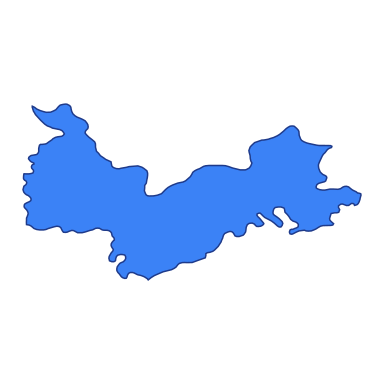 Beshankovichy, Vitebsk, Belarus (Robinson projection)
{"feature_id": "67162791B20127655381780", "entity_name": "Beshankovichy", "entity_type": "district", "adm_level": 2, "iso_a3": "BLR", "parent_name": "Belarus", "parent_adm1": "Vitebsk", "projection": "robinson", "projection_center": [29.528, 55.058], "detail": "fine", "context": "isolated", "style": "filled", "palette": "blue", "viewbox_px": 384, "rotation_deg": 0, "n_neighbors": 0, "source": "geoboundaries", "source_scale": "gbopen_adm2", "svg_char_len": 5965}
<svg xmlns="http://www.w3.org/2000/svg" viewBox="0 0 384 384"><path d="M283.5,131.2L279.6,134.4L277.3,135.8L273.4,137.6L270.3,138.5L268.4,139.2L264.0,140.0L261.8,140.1L254.6,142.6L251.5,145.5L250.1,147.1L248.9,150.5L249.2,152.4L250.1,155.6L250.3,158.7L250.9,161.1L251.9,163.0L250.9,165.7L249.4,167.9L246.7,169.4L245.3,169.9L240.3,169.9L232.6,168.0L228.7,166.6L225.4,165.7L222.5,165.5L208.9,165.5L205.6,165.8L203.5,166.4L199.5,168.7L198.0,169.2L196.2,170.0L194.6,170.9L192.8,172.3L191.8,174.3L190.4,176.6L187.9,178.8L185.6,180.8L183.1,182.0L177.7,183.1L172.9,184.9L170.4,186.1L168.0,187.5L165.5,189.6L161.5,193.7L157.4,195.2L153.5,195.9L149.3,196.0L147.4,195.7L146.0,194.7L145.1,192.7L144.4,190.9L144.7,187.7L144.7,185.5L146.3,183.1L146.8,180.0L147.3,177.7L147.6,175.2L147.6,173.1L146.9,170.8L143.7,168.3L141.9,167.2L137.9,165.9L129.1,166.6L126.5,167.3L120.8,168.3L119.1,168.8L116.3,168.6L114.0,167.8L112.7,167.0L111.8,165.9L111.0,161.8L105.7,159.4L104.1,158.2L100.4,155.7L98.5,153.2L96.5,151.3L95.5,147.2L95.5,145.4L95.4,143.6L94.6,141.8L92.4,139.9L88.7,137.0L86.3,134.6L85.1,133.0L85.4,131.3L86.3,130.1L87.8,128.6L88.2,126.9L87.8,124.6L86.7,122.8L85.1,120.8L82.8,119.5L80.4,118.4L77.3,117.2L75.0,115.8L72.9,113.8L71.7,111.4L71.1,109.0L70.8,107.1L69.7,105.6L67.0,104.2L65.3,104.1L63.0,104.4L60.2,105.1L58.6,106.5L55.9,109.7L53.4,111.0L50.5,112.2L46.1,112.3L43.1,111.5L40.0,110.5L36.7,109.0L34.7,107.4L32.3,106.2L32.2,107.1L32.6,108.3L33.5,111.3L34.4,112.6L35.5,114.6L40.7,120.3L44.7,124.1L47.3,125.9L50.6,127.1L52.4,128.1L59.8,129.6L62.1,130.7L63.5,132.4L64.3,133.9L63.2,135.4L61.7,136.3L57.7,136.8L55.4,137.4L53.0,138.7L51.8,139.9L48.7,142.0L46.7,143.5L45.4,144.0L42.1,144.4L40.5,144.4L39.5,145.2L39.2,146.3L38.7,148.4L38.7,151.6L38.3,152.7L36.9,154.4L35.8,154.7L31.1,155.5L29.5,156.6L28.8,157.4L28.5,158.8L30.0,160.8L31.3,161.9L33.8,163.0L34.0,164.0L32.5,164.7L31.9,165.3L31.4,166.8L31.7,168.2L33.4,170.2L33.6,171.3L32.9,173.0L31.2,173.5L29.0,173.9L26.2,173.9L24.0,173.8L23.8,174.4L23.6,175.9L23.5,178.1L23.6,178.9L24.6,180.2L25.9,180.9L26.7,182.3L26.7,182.9L26.1,184.5L23.9,186.2L23.0,189.6L23.4,191.0L23.9,192.3L25.1,193.7L26.5,194.8L28.0,195.4L29.6,196.6L30.8,198.1L31.1,199.2L30.8,200.6L29.5,201.6L26.6,202.9L24.9,203.9L24.3,204.8L24.1,206.3L24.4,207.5L26.9,210.2L27.7,211.7L28.1,213.0L28.1,214.0L27.1,216.8L26.6,217.8L26.5,218.6L26.5,220.3L26.4,221.9L26.5,224.6L29.3,225.1L31.2,226.1L34.0,228.5L36.7,229.5L39.7,229.9L43.6,229.9L45.9,229.5L48.3,228.5L54.1,226.8L56.9,226.2L59.4,226.6L60.8,227.7L61.6,229.4L62.4,230.9L63.4,232.2L65.4,232.4L67.3,232.1L69.3,231.2L71.8,230.4L73.6,230.6L77.6,232.7L82.2,232.7L85.4,231.9L90.0,230.4L92.7,229.8L95.7,228.3L97.7,228.1L99.5,228.3L102.2,229.9L103.8,230.2L107.3,230.3L109.3,230.8L110.4,231.6L111.4,232.7L112.2,236.0L113.9,237.8L114.3,239.0L114.3,240.0L113.5,240.6L112.0,242.4L111.2,243.9L111.1,245.4L111.5,246.6L112.2,247.8L113.3,249.5L112.9,250.9L111.1,253.0L109.2,256.4L108.9,258.2L109.5,260.8L111.8,261.7L113.9,261.7L115.3,260.9L115.6,260.2L115.7,258.7L116.4,256.6L117.7,255.2L120.3,254.5L122.1,254.5L124.7,255.0L125.6,256.5L125.7,258.5L125.0,260.0L123.4,261.7L120.6,262.9L119.7,263.5L118.5,265.0L117.2,266.9L116.8,268.9L116.9,270.7L118.0,272.6L119.1,273.7L121.4,276.8L122.9,277.8L124.8,278.4L126.3,278.2L127.0,277.0L127.4,275.5L128.0,274.2L129.1,273.0L130.4,272.5L132.5,272.5L134.2,273.0L137.1,274.5L138.2,274.9L140.0,275.2L141.6,275.7L143.7,276.5L145.0,277.2L147.3,278.7L148.2,279.9L151.1,277.6L154.3,275.6L157.0,274.4L163.1,271.8L171.5,269.7L174.1,268.4L176.0,267.1L178.0,264.5L179.4,263.4L182.2,262.6L184.6,262.5L187.0,262.6L192.2,262.5L197.9,260.4L205.3,257.8L205.9,255.3L205.8,253.7L207.3,252.7L209.9,252.3L212.8,251.3L214.5,250.1L216.0,248.6L218.2,246.4L221.1,241.9L221.6,240.3L222.7,238.0L222.9,237.0L223.6,235.0L224.7,233.5L227.6,232.1L230.0,231.4L231.8,231.7L233.1,232.7L234.2,234.4L235.0,235.9L236.7,236.5L239.2,236.5L243.1,235.2L244.1,234.2L245.6,231.9L245.9,230.1L246.2,227.3L247.3,224.7L248.9,223.5L250.4,223.2L252.3,223.1L254.6,224.2L255.4,225.4L256.7,226.4L258.3,226.5L260.7,226.2L262.1,225.5L263.5,224.4L263.8,223.4L259.7,218.4L257.8,216.6L256.9,215.2L257.2,213.8L259.1,213.1L260.3,213.2L263.3,216.2L264.8,217.5L267.3,218.8L268.9,219.6L271.5,221.0L274.4,223.2L277.5,226.0L279.2,227.0L280.9,227.0L282.1,225.5L282.8,223.4L282.1,221.6L279.2,218.7L276.6,216.7L274.3,215.2L273.2,214.0L273.0,212.6L273.2,210.9L273.8,209.0L275.2,207.5L278.2,207.0L281.0,207.0L283.9,208.0L284.4,208.8L285.0,212.2L287.3,214.5L288.9,216.5L290.7,219.4L293.0,221.1L295.7,222.0L297.1,222.9L298.3,224.3L298.2,226.7L296.7,227.8L294.4,228.6L293.0,229.3L291.5,229.3L290.2,229.8L289.5,231.4L289.5,232.7L290.1,233.9L291.8,234.2L292.8,233.9L296.5,232.0L299.1,230.9L304.4,230.2L306.1,230.9L308.3,231.1L311.3,230.9L313.9,229.9L315.9,229.0L317.9,227.7L320.5,226.2L323.0,225.6L331.0,225.4L332.8,225.0L333.6,223.7L331.1,221.5L329.8,220.0L329.6,218.5L330.0,217.0L331.1,213.5L334.7,212.8L336.8,212.8L338.7,212.3L339.7,209.7L338.5,207.6L338.5,205.8L340.7,204.2L342.4,204.0L346.6,205.5L348.7,205.4L351.3,203.5L353.1,203.5L354.2,204.3L354.5,205.4L355.7,205.1L356.9,204.7L357.5,204.3L358.3,203.4L359.1,201.9L360.0,199.3L360.1,198.4L361.0,195.1L360.7,193.7L358.7,193.1L357.6,193.0L356.2,191.8L354.1,190.8L352.5,190.0L351.0,188.9L348.6,186.9L346.6,186.3L344.7,186.4L343.0,187.0L340.5,188.7L338.0,189.3L333.7,189.1L329.8,189.1L324.9,190.1L322.7,190.1L319.8,189.7L317.4,188.8L316.3,188.0L316.1,186.7L316.9,184.6L318.8,183.3L324.6,181.7L325.7,180.9L326.8,177.8L326.4,176.4L324.9,175.4L322.9,174.5L321.3,173.1L320.1,171.8L318.7,168.3L318.4,165.8L318.5,164.4L319.4,162.1L322.2,156.1L323.4,154.2L325.0,152.7L327.4,149.6L329.0,148.4L331.5,147.5L331.9,146.3L330.6,145.6L323.9,145.5L319.1,145.5L316.8,145.2L308.8,143.5L306.6,142.9L303.7,141.7L301.6,140.4L300.6,139.0L299.2,135.3L298.9,131.5L298.3,130.2L296.7,128.4L294.3,126.3L292.9,126.0L291.7,126.0L290.0,126.2L287.9,127.4L286.2,128.6L283.5,131.2Z" fill="#3b82f6" stroke="#1e3a8a" stroke-width="1.5"/></svg>